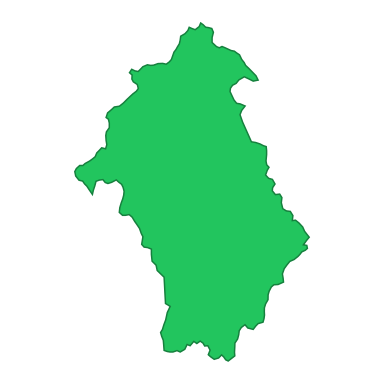 Amparo, São Paulo, Brazil (Robinson projection)
{"feature_id": "56859067B40101041849394", "entity_name": "Amparo", "entity_type": "district", "adm_level": 2, "iso_a3": "BRA", "parent_name": "Brazil", "parent_adm1": "São Paulo", "projection": "robinson", "projection_center": [-46.803, -22.697], "detail": "fine", "context": "isolated", "style": "filled", "palette": "green", "viewbox_px": 384, "rotation_deg": 0, "n_neighbors": 0, "source": "geoboundaries", "source_scale": "gbopen_adm2", "svg_char_len": 3044}
<svg xmlns="http://www.w3.org/2000/svg" viewBox="0 0 384 384"><path d="M266.2,146.6L263.4,145.7L259.9,143.9L255.6,142.5L251.4,141.8L242.6,122.1L240.0,114.7L241.7,110.4L245.1,106.0L240.2,103.9L236.6,103.3L234.0,100.0L232.1,96.0L230.0,91.5L230.5,88.1L232.6,85.2L236.1,83.4L238.9,79.9L244.3,76.8L248.6,78.8L253.2,81.1L258.1,80.1L256.0,75.8L248.8,68.4L245.6,65.4L244.2,62.6L241.7,59.4L239.5,54.8L236.6,52.9L234.4,51.2L231.0,50.5L228.2,49.2L224.7,47.6L222.0,46.5L219.3,47.8L216.5,46.6L212.1,42.5L212.1,37.6L213.4,32.3L211.8,28.5L208.4,27.6L205.6,27.2L203.1,24.7L200.7,23.0L199.2,26.6L195.2,29.7L191.9,28.5L189.2,27.3L187.9,30.5L185.0,33.7L180.7,36.2L180.2,40.2L179.3,43.9L177.6,46.6L176.0,49.5L174.0,52.1L171.4,59.5L169.3,61.9L166.2,64.2L162.7,63.4L158.0,63.6L153.5,65.2L150.6,65.4L147.4,64.8L142.9,66.7L140.3,69.4L138.2,71.5L135.0,70.9L131.7,69.3L129.5,72.7L132.1,75.0L131.9,79.1L133.3,81.8L137.3,84.5L138.3,88.5L136.3,91.3L133.1,93.7L130.4,96.2L127.2,99.2L123.3,103.1L119.4,106.2L114.3,107.0L111.5,109.6L107.6,112.9L106.1,117.5L108.4,119.2L109.3,123.0L109.3,127.7L106.4,131.9L105.8,135.5L106.1,140.4L106.8,144.7L105.6,148.8L101.7,147.8L98.9,150.8L96.8,152.9L95.2,156.7L92.7,158.8L89.5,161.1L85.1,163.5L82.9,165.5L79.7,165.5L76.4,168.5L74.8,171.6L75.7,176.0L79.0,180.2L82.7,181.1L84.5,183.8L86.9,186.2L88.9,189.3L92.4,194.4L93.4,190.1L94.8,185.9L96.0,181.3L99.3,180.1L102.9,179.6L105.2,182.5L107.9,183.5L111.7,182.3L116.3,179.9L118.7,182.1L121.6,184.3L123.1,187.4L124.1,191.3L123.7,195.2L122.7,199.0L121.2,203.0L119.8,207.7L119.3,212.4L122.5,215.3L125.4,215.3L129.2,214.6L132.2,217.2L134.7,221.4L136.9,224.5L139.5,228.4L141.3,233.5L142.9,236.7L141.7,244.4L144.1,247.1L147.7,247.6L151.4,249.1L151.4,254.4L152.1,261.2L156.1,265.2L157.2,270.5L164.1,277.2L165.5,303.5L170.2,306.4L167.3,312.5L165.7,319.9L163.9,324.7L162.4,329.6L160.6,332.5L161.7,336.3L163.3,340.3L163.7,345.0L164.1,350.4L167.2,351.5L170.1,352.0L172.9,352.0L177.0,350.6L180.2,352.0L184.8,349.3L187.1,344.5L190.1,345.7L193.8,341.4L196.8,343.5L200.2,341.1L203.0,343.1L204.7,346.0L207.8,345.7L210.1,350.1L208.3,354.7L210.4,356.6L214.2,359.3L218.6,358.0L221.6,354.9L223.7,356.9L225.7,359.8L228.2,361.0L231.7,358.3L234.8,355.9L234.5,352.3L234.8,346.5L234.9,343.1L237.6,339.0L238.7,334.8L239.2,330.8L241.3,327.5L245.0,324.7L247.8,328.0L253.2,329.4L255.7,326.1L258.1,323.6L263.0,322.2L264.0,318.7L264.5,315.1L264.3,311.7L264.4,307.8L265.6,303.9L268.0,299.7L268.1,294.8L269.1,291.3L271.3,287.0L273.8,284.8L278.1,284.5L283.5,282.1L283.1,278.2L282.4,273.9L284.2,268.7L286.8,265.1L289.8,261.4L294.1,259.5L298.0,256.4L299.9,254.4L301.8,251.9L305.2,250.3L307.4,248.4L306.8,245.4L303.4,244.8L306.5,240.5L309.2,237.2L307.3,234.8L304.6,231.3L302.7,227.0L299.0,223.0L295.5,220.2L292.3,220.6L292.9,215.6L290.3,211.4L286.3,210.9L282.8,208.7L281.3,202.7L281.9,197.6L279.7,194.1L275.4,194.6L272.3,190.8L272.6,187.7L275.0,184.0L272.4,179.4L268.6,178.3L265.6,175.0L267.2,170.4L269.0,167.3L266.7,164.8L266.0,161.0L266.6,154.7L266.6,150.7L266.2,146.6Z" fill="#22c55e" stroke="#15803d" stroke-width="1.5"/></svg>